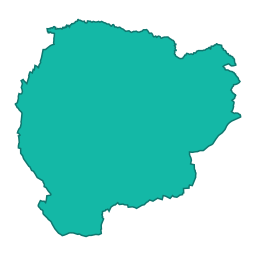 Nong Mamong, Chai Nat, Thailand
{"feature_id": "78962969B54386166532086", "entity_name": "Nong Mamong", "entity_type": "district", "adm_level": 2, "iso_a3": "THA", "parent_name": "Thailand", "parent_adm1": "Chai Nat", "projection": "robinson", "projection_center": [99.839, 15.23], "detail": "fine", "context": "isolated", "style": "filled", "palette": "teal", "viewbox_px": 256, "rotation_deg": 0, "n_neighbors": 0, "source": "geoboundaries", "source_scale": "gbopen_adm2", "svg_char_len": 5596}
<svg xmlns="http://www.w3.org/2000/svg" viewBox="0 0 256 256"><path d="M62.2,235.6L63.9,235.2L67.0,234.0L68.7,233.1L70.1,232.8L73.3,232.9L77.6,234.3L78.3,234.3L78.9,233.9L80.0,234.3L81.4,235.2L86.1,236.5L88.9,235.4L91.2,235.4L95.8,234.4L98.8,234.7L101.3,233.5L100.8,229.4L101.4,229.1L101.2,225.5L101.5,224.0L103.6,218.9L102.8,218.2L102.3,217.4L102.7,217.0L101.9,214.6L102.4,214.2L102.5,211.5L105.3,210.7L105.5,210.5L105.7,209.7L107.3,209.6L107.8,209.2L108.6,210.1L109.1,211.2L110.6,207.9L111.3,206.8L113.9,205.1L115.1,205.0L117.7,202.7L119.3,204.5L122.6,204.1L123.4,204.2L124.2,204.7L127.6,205.0L128.2,207.2L132.5,206.8L135.2,207.6L136.5,208.4L142.0,205.2L144.3,204.7L146.5,202.4L147.8,201.7L149.6,200.0L153.0,201.1L157.6,198.2L162.2,199.6L163.2,195.6L165.5,196.1L170.1,198.4L172.6,195.6L173.5,196.5L174.2,196.8L176.9,197.2L178.9,195.9L179.5,195.2L182.5,194.6L182.6,193.3L183.7,192.9L183.5,188.5L189.0,188.1L189.0,186.6L189.5,185.1L192.3,185.6L195.7,177.2L195.6,176.1L195.9,173.1L195.3,171.9L195.2,170.7L194.4,169.1L194.2,164.7L192.5,164.4L190.6,163.8L191.4,160.2L190.9,157.9L189.8,155.6L189.5,154.3L189.5,152.0L192.4,152.3L195.2,151.8L197.6,151.6L199.9,150.6L203.1,150.6L203.6,150.4L208.6,146.1L211.8,144.6L212.9,143.7L215.7,139.3L218.5,135.5L222.3,132.7L225.0,129.5L226.7,125.9L227.9,124.2L229.4,122.7L231.6,121.1L240.6,117.0L240.6,115.9L240.1,115.4L240.2,114.8L239.9,114.5L239.2,114.3L237.8,113.2L235.4,113.0L234.3,113.4L231.4,111.6L232.4,110.4L233.0,108.8L233.6,106.6L233.3,105.8L234.0,103.0L234.0,102.1L233.3,101.4L232.0,100.4L232.5,99.7L233.6,99.2L234.8,97.9L234.6,97.4L235.7,95.4L235.4,94.7L234.8,94.8L233.8,93.5L232.9,93.0L231.9,91.8L231.6,90.7L230.8,90.1L232.0,88.0L232.2,87.2L233.5,85.9L233.6,84.7L235.5,84.5L237.4,83.8L239.3,82.5L240.0,81.4L238.6,79.8L238.3,78.3L237.7,77.4L237.3,77.1L235.6,75.1L235.5,74.1L234.6,73.8L234.0,72.6L233.0,72.2L232.2,71.6L230.0,71.2L228.0,70.0L226.8,69.9L226.1,70.0L225.1,69.6L224.9,68.2L224.4,68.0L223.1,66.5L224.7,65.3L228.5,63.8L229.0,64.0L230.7,65.5L231.5,65.9L233.2,65.8L235.8,65.1L235.7,64.0L235.0,63.4L234.5,61.4L234.4,59.5L233.8,58.4L233.2,58.2L232.8,57.1L231.8,56.4L231.2,56.4L230.2,55.4L229.7,55.6L229.1,55.4L228.9,55.0L228.5,54.7L228.2,53.7L227.9,53.6L227.4,53.9L226.4,52.8L226.0,51.4L225.6,51.3L225.4,50.6L223.4,49.9L223.2,49.0L223.3,48.6L222.4,48.2L222.0,47.8L221.6,45.3L218.9,44.7L217.9,44.7L217.0,43.9L216.5,43.8L215.6,44.9L214.5,45.0L213.4,46.3L211.8,46.1L211.1,46.3L210.8,48.5L210.6,49.0L210.1,48.8L209.8,47.7L209.3,47.4L208.8,47.6L208.1,48.5L206.5,48.9L205.0,50.1L203.6,50.2L202.6,50.6L198.2,50.6L197.3,51.2L196.6,51.3L196.1,52.5L195.6,53.0L193.8,52.8L193.2,54.2L192.8,54.4L191.1,53.9L189.3,54.4L188.0,53.6L186.6,53.4L186.4,53.7L186.0,54.9L184.7,55.2L184.2,56.5L183.3,57.2L182.7,58.4L180.1,58.6L178.7,58.0L175.6,55.9L175.4,55.5L175.2,54.5L174.4,53.9L174.8,52.2L174.5,50.9L174.9,50.6L176.1,50.5L176.2,50.2L175.1,48.8L175.1,48.3L175.5,47.1L174.5,45.7L175.8,44.8L175.9,44.2L174.6,43.8L174.4,42.1L173.3,40.5L171.8,39.9L170.8,39.1L169.9,38.7L168.0,37.0L164.4,37.1L162.8,37.5L161.7,38.2L160.9,38.0L160.1,36.7L158.7,36.1L158.0,36.3L156.7,37.4L156.4,37.2L156.1,36.4L155.6,36.1L154.2,36.8L153.8,36.8L153.3,36.4L152.4,34.3L151.6,33.2L151.0,33.1L149.4,33.4L147.5,30.4L146.5,29.6L145.5,29.8L143.4,29.8L142.2,31.1L140.7,31.5L139.3,32.2L137.5,32.0L136.3,31.2L134.5,31.5L133.6,31.4L131.6,32.4L130.8,32.2L129.0,30.8L125.7,31.3L123.2,29.2L121.6,28.6L119.8,27.2L119.3,27.2L117.7,27.7L116.3,27.0L114.6,26.9L114.0,25.2L113.3,24.6L112.5,24.8L111.6,26.1L111.2,26.2L108.9,24.0L107.0,24.0L105.5,23.0L104.1,22.7L101.6,21.4L99.8,22.2L98.6,21.4L97.3,21.9L95.6,22.1L93.2,21.4L92.0,22.3L91.2,21.9L90.4,21.2L89.5,21.3L87.7,20.9L87.4,21.1L87.4,22.0L86.8,22.9L86.0,23.0L84.8,22.5L84.4,21.2L82.7,21.5L80.0,20.2L78.9,20.2L78.1,19.5L77.8,19.7L77.3,21.2L75.5,21.6L74.9,22.7L73.3,23.6L71.8,23.7L71.5,24.5L70.9,24.6L70.0,25.4L69.7,26.5L69.4,25.7L69.0,25.8L68.3,26.4L67.9,25.3L67.1,25.7L66.7,25.2L66.1,26.0L66.5,26.5L66.2,27.4L65.6,27.6L65.0,27.1L64.6,27.3L63.8,27.3L63.7,27.6L63.9,28.0L63.2,28.1L62.6,27.6L62.0,29.0L60.3,28.4L58.7,28.8L57.7,28.5L57.0,29.0L55.9,29.1L55.8,28.6L55.5,28.6L55.7,28.3L55.7,27.5L55.0,27.4L54.8,26.9L54.1,26.6L53.5,26.8L53.1,27.5L52.4,28.1L51.8,27.8L50.7,28.0L50.2,28.7L49.4,28.4L48.7,28.8L47.1,28.7L47.6,31.8L48.0,32.0L48.6,31.9L48.7,32.3L48.5,32.8L49.1,32.9L49.5,32.5L50.3,32.4L50.7,32.1L51.4,32.9L54.4,33.4L54.3,36.2L53.9,38.3L53.9,40.7L53.6,42.7L54.0,44.3L52.2,44.8L50.3,45.7L45.5,49.5L43.1,49.6L41.4,58.1L40.4,61.0L40.6,62.6L39.0,65.2L38.6,67.4L38.2,67.1L38.0,67.5L37.0,66.4L35.0,65.4L34.3,69.8L33.2,69.4L32.3,72.9L30.1,71.9L29.5,73.1L28.7,75.9L29.1,76.4L26.8,83.6L23.8,80.6L23.1,79.5L21.1,80.7L21.9,82.2L22.4,83.9L21.3,87.5L22.0,89.3L22.4,91.4L22.2,92.4L21.7,93.6L21.1,93.9L19.8,94.0L19.0,93.6L18.3,96.3L18.4,98.4L17.3,102.8L15.4,103.9L15.5,104.7L16.1,105.2L17.1,107.5L18.4,108.4L19.1,109.8L21.6,112.3L22.0,113.5L21.3,120.4L21.0,121.9L21.3,123.3L20.3,127.4L19.0,128.9L18.0,131.0L17.4,132.9L18.6,133.3L20.0,135.1L19.5,135.6L18.4,135.9L18.8,137.2L19.3,142.8L18.9,143.3L18.4,145.9L18.4,147.9L20.6,148.5L20.7,153.3L22.8,156.1L23.2,157.7L23.7,158.9L28.8,166.2L30.0,167.0L31.6,170.4L33.5,171.3L35.2,173.9L37.2,177.5L42.8,180.8L43.2,182.3L44.2,184.0L44.3,185.0L44.1,186.6L46.1,187.6L48.3,191.1L50.7,193.8L50.9,194.6L50.6,195.1L46.8,195.8L46.4,199.7L45.6,202.6L44.2,201.2L42.3,201.3L40.4,200.6L38.4,204.7L38.2,205.9L38.6,206.7L40.2,208.4L40.7,209.3L42.3,210.1L42.9,210.7L43.1,213.5L43.5,214.3L47.6,218.3L48.3,219.4L50.4,221.0L51.2,221.9L52.3,224.3L54.9,228.8L58.5,233.1L61.5,234.9L62.2,235.6Z" fill="#14b8a6" stroke="#0f766e" stroke-width="1.5"/></svg>